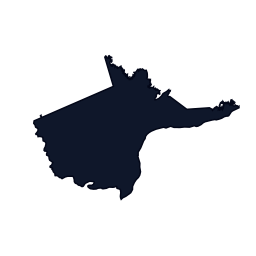 outline of Barrancabermeja, Santander, Colombia, rotated 212°
{"feature_id": "7082276B38592891469597", "entity_name": "Barrancabermeja", "entity_type": "district", "adm_level": 2, "iso_a3": "COL", "parent_name": "Colombia", "parent_adm1": "Santander", "projection": "robinson", "projection_center": [-73.914, 7.026], "detail": "fine", "context": "isolated", "style": "filled", "palette": "ink", "viewbox_px": 256, "rotation_deg": 212, "n_neighbors": 0, "source": "geoboundaries", "source_scale": "gbopen_adm2", "svg_char_len": 5842}
<svg xmlns="http://www.w3.org/2000/svg" viewBox="0 0 256 256"><g transform="rotate(212 128 128)"><path d="M203.1,74.1L202.6,73.8L201.6,74.3L200.9,74.3L199.7,73.0L198.2,74.2L195.9,75.0L195.1,74.7L193.2,72.2L191.2,72.4L190.2,72.2L189.1,71.1L188.1,68.0L188.1,66.3L187.4,64.6L186.4,64.3L185.0,65.1L184.3,65.1L183.6,64.3L183.3,62.8L182.6,61.9L180.2,62.2L178.4,60.0L177.3,59.2L173.5,59.0L173.1,56.1L173.8,54.4L173.5,53.6L172.7,53.5L171.0,54.1L170.6,53.7L170.8,53.1L170.6,52.7L169.4,52.4L168.1,51.3L165.7,50.7L165.1,49.5L164.5,49.0L162.8,50.2L159.7,49.8L158.5,50.3L157.1,50.1L155.3,53.3L153.6,55.1L149.3,57.8L148.0,57.4L146.2,55.7L145.0,54.0L143.4,53.3L141.4,53.7L139.9,53.3L138.1,53.9L136.1,53.9L135.5,54.3L135.1,55.0L135.0,58.4L132.8,61.9L132.1,62.7L128.6,64.4L127.8,64.0L127.4,61.9L128.3,60.3L130.8,58.7L131.3,57.8L131.0,57.1L130.2,56.7L127.8,56.6L125.0,57.8L122.7,59.4L121.5,61.1L119.5,62.6L118.3,63.2L117.8,62.9L117.0,63.2L114.4,65.4L112.7,67.9L109.3,69.8L108.0,71.0L107.3,72.1L106.7,72.4L105.3,71.0L102.6,71.8L101.5,71.4L99.8,69.3L98.3,66.1L97.1,64.7L96.0,63.9L95.5,66.0L93.7,68.9L91.4,74.6L91.6,78.2L93.2,80.9L93.8,85.2L93.7,88.6L93.0,91.6L93.1,94.3L94.2,97.5L97.4,101.1L99.3,104.4L105.2,109.6L104.8,110.0L106.6,112.9L106.7,117.9L108.0,125.4L107.9,128.0L108.7,130.2L108.6,132.6L107.8,135.2L106.5,137.8L103.7,141.8L98.3,147.5L95.8,148.2L92.8,152.1L89.3,152.9L84.1,156.1L80.7,158.8L76.2,161.4L73.0,165.1L71.0,165.5L69.7,166.6L67.9,169.6L67.0,172.4L66.0,174.1L61.1,179.2L58.9,181.2L57.5,181.7L55.3,184.0L53.7,186.0L52.5,188.4L51.1,190.0L49.6,191.1L49.1,191.9L49.0,196.3L48.4,198.0L44.6,204.0L45.3,205.0L45.4,204.6L46.8,204.8L48.8,204.1L49.3,203.1L50.4,202.6L51.6,202.8L53.5,201.7L53.7,202.0L53.5,202.4L52.8,202.6L53.2,202.6L53.1,203.0L52.6,203.0L52.2,203.5L52.5,203.5L52.3,204.2L51.7,204.6L51.6,204.4L51.4,204.4L51.6,204.7L51.0,204.9L51.3,205.0L51.0,205.8L51.5,205.7L51.5,205.1L52.3,204.7L52.9,205.6L52.6,205.8L53.3,206.2L52.9,206.5L53.1,206.5L52.9,207.0L53.3,206.5L54.9,206.2L55.0,205.9L55.1,206.7L55.5,206.3L55.1,205.4L54.9,205.2L54.7,205.6L53.9,205.8L53.3,205.4L53.1,204.8L53.3,203.7L53.5,204.1L53.7,203.9L53.8,204.5L54.0,204.8L53.8,203.9L53.6,203.6L54.2,203.8L53.9,203.3L54.3,202.8L54.3,203.1L54.3,202.5L54.6,203.0L54.6,202.0L55.0,202.0L55.0,202.8L55.2,202.4L55.4,202.7L55.8,202.6L55.2,201.9L56.0,202.3L56.0,202.0L56.7,201.5L56.7,202.4L56.9,202.2L57.1,202.7L57.3,202.2L57.0,202.2L56.9,201.4L57.4,201.5L57.1,201.2L57.7,200.6L57.9,200.7L58.2,200.0L58.0,200.8L59.2,200.5L59.0,200.0L59.2,199.6L59.6,199.7L59.5,200.1L60.2,199.8L60.0,200.3L60.6,199.9L61.0,200.4L60.7,200.5L61.5,200.8L60.9,199.7L61.5,199.8L61.4,199.5L62.2,198.9L62.5,199.2L62.6,198.6L63.4,198.7L62.8,198.4L62.7,197.5L61.4,199.0L60.6,199.2L60.3,198.6L60.3,199.1L59.6,198.9L58.9,198.0L59.1,197.4L58.8,197.8L58.6,197.7L58.4,195.7L57.5,194.8L57.5,194.6L57.7,195.1L57.8,194.7L58.4,195.2L57.7,194.0L57.9,193.8L58.1,194.0L57.9,193.5L58.5,193.8L58.9,193.4L59.1,193.7L58.7,194.0L59.1,193.9L59.0,194.2L59.3,193.8L59.0,194.8L59.6,195.6L59.5,194.1L60.1,195.2L59.8,193.7L61.0,194.3L61.6,195.0L62.5,197.0L62.4,195.5L61.5,194.2L61.2,194.2L61.1,193.5L60.7,193.7L59.4,192.8L59.5,192.2L59.9,192.1L59.9,191.8L60.9,192.0L61.1,191.4L61.8,192.5L62.5,193.1L64.3,193.1L64.9,191.5L64.5,191.5L64.9,191.2L64.3,190.9L64.9,191.1L64.9,190.3L65.3,190.3L65.4,189.3L64.8,189.0L65.8,189.0L65.7,187.8L67.1,188.4L69.6,188.3L88.0,175.0L109.2,176.8L110.0,175.9L110.7,175.9L111.4,176.5L111.9,178.4L111.7,179.4L112.2,179.9L111.7,181.3L112.0,182.2L113.1,181.5L113.7,182.1L114.6,179.3L116.5,175.8L116.5,172.9L117.4,169.5L119.3,166.7L120.2,166.2L120.9,167.5L120.7,169.6L121.2,170.1L121.3,170.9L121.7,171.7L121.3,172.9L120.7,173.6L120.1,173.8L119.4,173.3L119.1,173.7L119.9,174.7L120.7,174.5L120.8,176.5L121.5,176.1L123.4,176.4L123.3,175.7L123.9,175.6L124.3,175.1L124.9,176.1L125.9,176.2L125.9,175.1L126.2,175.0L127.5,175.4L128.1,176.4L128.4,175.2L129.7,174.8L130.7,173.5L131.0,173.4L131.2,174.3L131.5,174.7L131.9,174.5L132.3,173.4L132.9,173.4L133.3,174.0L131.6,175.3L131.3,177.0L131.6,177.2L132.6,176.5L132.6,178.0L133.7,178.3L134.0,179.8L134.5,180.6L134.8,179.7L135.2,179.9L135.5,180.7L137.3,179.8L138.6,180.2L138.5,181.3L139.9,183.5L141.0,184.9L143.1,186.6L144.4,185.5L147.1,185.7L148.0,184.2L148.8,184.6L149.7,183.7L149.0,182.9L149.2,181.9L149.8,182.7L150.6,182.0L150.5,182.8L150.8,182.8L150.9,180.1L151.3,178.9L152.9,178.2L150.8,178.1L151.1,177.5L150.9,177.0L151.5,175.9L151.1,175.7L150.3,176.2L149.9,175.1L150.7,174.7L151.4,175.0L150.4,173.3L150.7,173.0L151.5,173.6L151.6,173.1L150.9,172.3L152.3,172.4L152.1,171.7L151.3,171.6L151.7,171.0L151.4,170.6L152.0,170.2L152.7,170.5L152.8,169.9L153.5,170.4L154.2,170.1L153.8,171.2L154.0,171.8L155.1,170.7L155.8,170.4L156.5,170.6L155.9,171.3L156.9,173.1L157.7,170.8L158.1,171.0L157.9,172.0L158.5,172.6L158.9,172.7L159.4,171.9L159.6,172.4L160.2,172.7L160.3,171.8L161.2,171.7L161.5,172.3L161.3,174.4L161.8,174.9L162.1,173.5L163.0,173.8L163.2,172.4L163.6,173.7L163.4,175.1L163.9,175.2L163.9,174.4L164.3,174.6L164.0,175.8L164.7,174.9L165.0,175.2L165.6,175.0L165.4,175.7L166.0,175.8L166.7,176.7L167.0,176.3L167.0,175.4L167.5,175.2L168.0,173.8L168.7,174.0L168.3,173.3L168.6,172.9L170.7,173.9L171.2,172.6L172.1,174.3L172.8,174.0L174.0,174.3L174.6,173.9L174.5,173.6L173.9,173.0L173.8,172.2L174.4,171.8L175.3,173.2L175.9,172.0L176.6,172.7L177.7,173.1L178.3,174.1L178.2,174.9L177.0,175.1L177.0,176.0L177.8,177.2L178.9,176.5L179.6,177.1L180.0,178.2L179.1,179.0L179.4,179.3L180.0,179.1L181.2,177.3L181.3,179.1L182.3,179.3L182.6,178.7L182.2,176.9L182.7,176.3L183.6,176.2L183.9,176.9L184.6,177.3L185.1,177.2L185.2,175.8L162.4,155.6L206.2,91.9L207.4,91.5L207.8,92.1L208.4,91.9L208.6,92.3L208.7,92.0L207.6,91.5L208.1,91.2L207.3,91.3L206.9,90.8L211.4,84.3L210.4,82.0L208.4,81.3L206.8,79.8L204.2,79.8L203.0,78.5L202.8,76.5L203.1,74.1Z" fill="#0f172a" stroke="#020617" stroke-width="1.5"/></g></svg>